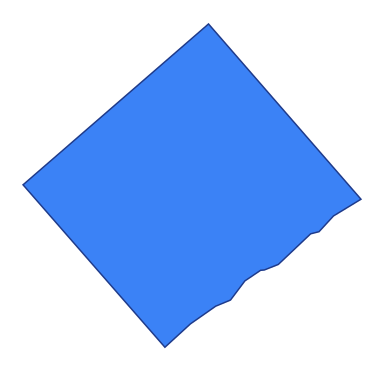 the district of Phelps, Nebraska, United States of America, rotated 139°
{"feature_id": "52423323B18831835736879", "entity_name": "Phelps", "entity_type": "district", "adm_level": 2, "iso_a3": "USA", "parent_name": "United States of America", "parent_adm1": "Nebraska", "projection": "orthographic", "projection_center": [-99.415, 40.518], "detail": "fine", "context": "isolated", "style": "filled", "palette": "blue", "viewbox_px": 384, "rotation_deg": 139, "n_neighbors": 0, "source": "geoboundaries", "source_scale": "gbopen_adm2", "svg_char_len": 347}
<svg xmlns="http://www.w3.org/2000/svg" viewBox="0 0 384 384"><g transform="rotate(139 192 192)"><path d="M314.3,92.6L279.7,93.5L249.1,90.3L233.8,85.2L210.4,90.2L191.6,87.9L188.6,85.7L174.3,80.7L129.9,82.6L122.2,78.7L100.9,81.1L69.2,75.7L69.3,308.0L75.5,308.0L314.8,308.3L314.3,92.6Z" fill="#3b82f6" stroke="#1e3a8a" stroke-width="1.5"/></g></svg>